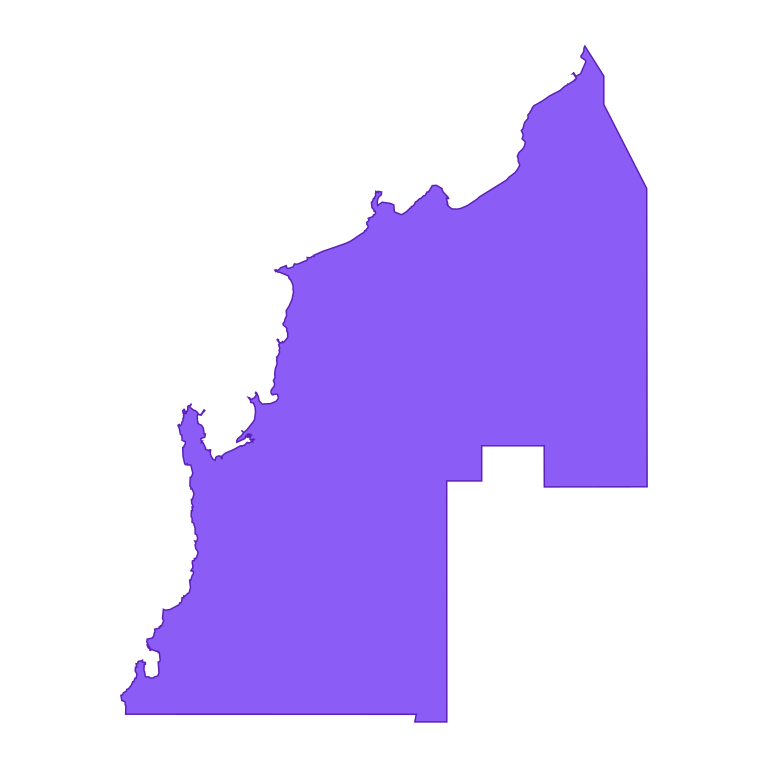 78, Madinat ach Shamal, Qatar
{"feature_id": "91078587B72332727540612", "entity_name": "78", "entity_type": "district", "adm_level": 2, "iso_a3": "QAT", "parent_name": "Qatar", "parent_adm1": "Madinat ach Shamal", "projection": "albers", "projection_center": [51.051, 25.993], "detail": "fine", "context": "isolated", "style": "filled", "palette": "violet", "viewbox_px": 768, "rotation_deg": 0, "n_neighbors": 0, "source": "geoboundaries", "source_scale": "gbopen_adm2", "svg_char_len": 6108}
<svg xmlns="http://www.w3.org/2000/svg" viewBox="0 0 768 768"><path d="M647.1,486.8L646.7,188.5L603.8,104.5L603.8,76.0L584.9,46.1L584.0,48.1L583.8,51.1L582.8,53.5L580.9,56.0L581.2,57.4L585.2,60.1L585.9,61.6L580.6,73.8L575.9,76.3L573.8,73.0L574.1,72.4L572.8,73.6L573.3,73.5L576.5,78.5L574.7,79.8L575.0,80.1L568.3,84.3L567.6,84.1L567.2,85.1L564.6,86.4L560.2,90.4L549.7,95.9L542.0,101.2L533.8,105.8L532.2,107.9L531.4,110.3L530.2,111.4L530.3,112.2L527.9,114.9L528.1,118.2L524.6,122.6L522.9,128.7L521.3,130.5L523.1,134.5L523.0,136.2L522.1,138.9L525.2,141.8L525.2,143.0L524.4,146.3L522.4,149.4L519.0,152.5L517.3,156.3L518.2,158.1L518.2,161.2L519.7,164.5L519.4,165.9L517.8,169.0L515.0,172.7L509.0,177.2L506.8,179.9L479.3,197.0L477.6,198.8L467.4,205.6L460.8,208.4L457.2,209.1L451.8,208.9L448.0,205.8L447.1,204.4L447.1,204.0L447.8,204.3L447.6,203.2L446.3,198.5L446.8,197.9L447.8,198.7L448.6,198.5L447.7,196.8L443.4,192.3L442.0,189.7L442.1,188.6L436.3,185.3L432.2,185.6L429.6,190.3L428.1,192.0L427.0,192.0L425.2,195.5L423.5,195.8L421.2,198.2L419.4,198.8L417.1,201.1L415.4,202.0L414.5,204.3L413.0,206.1L411.3,206.6L411.3,207.8L410.1,208.1L406.6,211.6L402.0,214.5L400.8,214.5L394.4,211.9L393.8,204.9L390.3,203.4L382.2,202.2L377.6,205.5L377.3,202.0L377.8,199.0L379.0,196.7L381.3,194.9L381.6,192.0L378.1,191.4L378.1,192.6L375.8,191.4L375.5,196.1L374.9,196.7L374.6,198.4L373.5,198.4L372.6,201.4L371.4,202.5L372.0,207.8L373.8,209.5L374.1,211.3L375.2,211.3L375.5,213.6L374.6,214.8L373.5,214.8L372.9,216.6L368.2,218.3L369.1,220.1L366.8,222.4L366.8,224.2L368.0,225.9L368.0,227.7L366.2,229.4L365.9,230.6L364.8,230.6L363.6,232.9L362.4,233.2L350.2,241.4L345.0,243.7L322.9,251.3L314.2,255.1L314.2,256.3L313.0,256.0L310.1,257.8L307.2,257.5L307.5,259.2L306.6,260.4L297.3,264.2L294.4,263.9L293.2,266.8L289.2,268.3L287.4,268.3L286.8,268.0L286.2,265.6L280.4,267.9L279.7,269.0L277.4,270.4L276.0,269.8L274.9,270.1L275.7,271.6L277.0,271.3L277.9,272.1L279.5,272.2L288.2,275.8L289.3,278.8L290.4,279.5L292.1,282.8L293.2,286.2L293.0,289.5L293.6,291.7L292.1,299.2L289.0,306.3L286.2,310.6L286.6,315.7L285.1,318.9L284.5,321.6L283.0,323.5L283.3,325.1L286.1,327.3L286.9,328.7L286.7,331.0L287.7,332.6L287.7,337.4L284.0,342.1L283.1,342.6L282.6,341.6L280.2,343.3L278.2,340.4L278.5,339.8L277.7,339.3L277.1,339.8L279.8,343.5L278.7,344.5L279.8,348.6L279.0,350.5L279.6,352.0L278.4,355.3L276.5,357.2L277.1,358.1L276.6,359.8L277.1,363.9L275.3,368.9L274.7,373.8L275.0,377.7L273.4,380.4L274.6,383.7L274.2,386.2L272.0,388.9L271.1,390.7L271.0,392.1L271.4,393.8L272.5,394.8L276.5,394.0L277.6,394.4L277.7,395.8L278.3,396.7L278.2,398.6L276.0,401.4L270.5,403.6L262.2,404.1L259.1,400.8L258.3,396.6L256.6,392.9L255.8,392.3L255.4,393.1L256.7,394.3L254.4,397.9L250.6,399.5L249.7,397.9L248.4,397.5L250.6,400.5L250.7,402.4L253.5,403.0L255.2,407.7L255.5,412.3L254.5,419.6L253.4,421.6L247.1,429.6L244.0,432.5L241.4,430.4L243.7,432.6L241.4,435.7L237.8,438.6L236.7,440.8L236.8,442.3L245.0,438.5L245.8,436.0L246.4,436.6L247.2,434.4L247.5,434.7L247.0,436.9L248.5,437.8L247.5,436.9L248.5,434.1L249.6,434.1L249.0,436.8L249.6,437.5L249.3,436.9L250.1,434.7L250.7,434.5L251.5,435.1L250.6,436.1L250.1,438.2L250.0,439.3L250.7,440.1L253.5,439.0L254.2,439.5L251.9,441.3L252.3,441.9L251.6,441.7L248.5,443.2L247.7,442.4L246.9,442.6L244.5,445.2L242.4,445.7L241.7,446.4L241.1,445.8L239.9,446.1L233.8,449.5L225.7,453.0L222.2,455.6L222.2,458.5L221.6,458.5L220.5,456.2L218.7,455.9L217.0,456.5L215.8,457.4L215.2,460.3L212.9,459.1L210.9,455.6L210.3,453.9L210.6,449.8L209.4,449.8L209.4,450.9L205.4,449.2L205.6,448.0L203.0,442.7L201.3,442.7L202.4,441.0L201.3,441.0L200.7,438.6L204.8,437.2L205.4,434.0L204.2,434.0L203.3,428.1L202.2,426.4L201.3,425.2L197.8,423.4L198.1,422.3L197.5,421.1L197.2,415.8L197.7,414.5L201.2,415.2L203.2,411.9L203.9,411.8L204.8,410.4L204.0,409.9L201.1,414.6L197.8,414.2L198.1,413.5L197.1,412.0L195.0,410.4L193.7,410.3L190.2,407.4L189.8,406.1L191.2,404.6L191.0,404.2L189.7,405.9L188.7,405.7L187.8,406.4L187.6,410.6L187.3,411.2L186.2,411.2L186.2,413.5L185.0,413.5L184.4,409.4L183.9,409.4L183.9,410.6L182.7,410.6L183.0,412.9L183.6,413.5L183.6,417.6L183.0,418.2L183.0,420.5L181.8,422.3L181.8,423.4L180.9,425.2L179.2,425.8L179.2,424.6L178.0,425.2L179.5,429.3L180.4,434.5L181.8,435.1L182.1,440.4L185.3,441.6L185.3,443.9L184.1,445.7L183.8,447.4L182.7,447.4L183.0,456.2L184.7,463.8L185.6,464.7L187.3,463.8L187.3,465.0L190.8,465.0L192.8,473.1L191.4,477.2L190.2,477.2L189.9,486.0L191.1,487.8L190.8,488.9L192.0,488.9L194.0,493.6L192.5,499.4L191.4,499.4L191.7,503.5L192.8,505.3L193.1,507.0L192.0,507.0L192.5,510.6L191.4,510.6L191.1,516.4L192.2,518.7L192.0,522.2L193.4,522.8L195.1,528.1L195.1,533.9L196.6,534.5L197.5,537.4L197.5,539.2L196.6,541.5L194.8,541.0L195.7,542.7L195.7,543.9L195.1,544.5L195.7,548.6L197.5,550.9L198.0,553.2L196.0,558.5L194.3,558.5L194.3,560.8L192.5,560.8L192.2,563.2L192.8,564.9L192.8,567.8L190.8,570.8L193.4,571.4L193.4,573.7L192.2,575.4L190.8,580.1L189.6,580.1L190.5,587.7L189.0,593.0L187.9,593.3L184.9,596.2L183.8,595.9L183.8,597.7L182.0,597.7L181.7,601.2L180.9,602.9L179.7,602.9L179.1,604.7L169.8,609.6L165.2,610.2L163.4,609.3L162.5,618.7L163.7,620.5L161.7,625.7L160.5,625.7L160.5,626.9L159.3,626.9L159.3,628.1L154.7,629.2L155.0,632.1L154.4,632.7L153.8,635.6L152.4,638.0L147.1,639.2L146.8,642.1L148.3,645.0L147.1,645.0L147.7,646.8L149.5,646.8L149.5,647.3L148.3,647.3L148.3,647.9L149.7,648.5L150.0,650.3L150.6,650.3L150.6,649.1L155.8,651.1L158.2,651.4L158.2,652.6L159.3,652.6L160.2,660.2L159.3,662.0L158.2,662.0L159.0,673.1L157.6,676.0L154.7,676.9L152.9,678.0L150.0,678.0L148.9,676.9L146.0,676.9L145.4,676.6L144.5,671.3L143.9,670.7L144.2,664.3L145.4,664.3L145.4,662.5L142.5,662.0L142.5,660.2L140.7,661.1L139.0,661.1L137.8,662.0L137.8,663.7L136.1,663.7L136.7,667.2L135.5,667.2L135.2,670.7L136.9,674.2L136.1,678.3L134.9,678.3L133.7,681.8L132.6,681.8L131.7,684.7L128.5,688.8L126.8,689.4L126.2,691.2L123.3,692.9L122.7,694.7L120.9,695.3L121.8,700.5L125.0,701.7L125.3,705.2L125.9,705.8L125.6,714.2L416.3,714.3L414.8,721.9L446.8,721.9L446.7,480.9L481.7,480.9L481.7,445.8L544.2,445.8L544.3,486.9L647.1,486.8Z" fill="#8b5cf6" stroke="#5b21b6" stroke-width="1.5"/></svg>